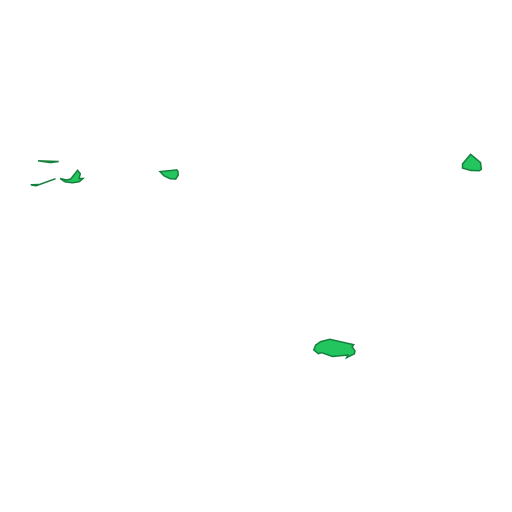 outline of Dependencias Federales
{"feature_id": "VEN-44", "entity_name": "Dependencias Federales", "entity_type": "Federal Dependency", "adm_level": 1, "iso_a3": "VEN", "parent_name": "Venezuela", "parent_adm1": "", "projection": "orthographic", "projection_center": [-66.343, 11.477], "detail": "coarse", "context": "isolated", "style": "filled", "palette": "green", "viewbox_px": 512, "rotation_deg": 0, "n_neighbors": 0, "source": "natural_earth", "source_scale": "10m", "svg_char_len": 717}
<svg xmlns="http://www.w3.org/2000/svg" viewBox="0 0 512 512"><path d="M329.8,339.3L353.7,344.7L352.1,346.8L355.0,351.0L354.4,353.8L346.6,357.7L347.9,355.0L332.5,356.5L321.5,352.6L318.4,353.7L313.8,349.9L315.7,345.1L320.6,341.6L329.8,339.3ZM470.6,154.3L480.5,162.6L481.3,169.3L479.3,170.7L471.0,170.5L462.5,168.1L462.5,163.9L470.6,154.3ZM160.0,171.6L176.8,169.9L177.9,171.2L178.2,175.1L175.7,179.1L170.0,178.7L163.9,175.7L160.0,171.6ZM79.0,178.5L83.0,178.5L79.3,181.7L72.4,182.8L65.0,181.8L60.1,178.5L66.1,179.9L70.6,179.1L77.6,170.3L80.3,173.8L79.0,178.5ZM38.0,160.8L58.7,161.5L50.5,162.6L38.0,160.8ZM39.5,184.5L55.5,178.7L36.0,185.8L30.7,184.8L39.5,184.5Z" fill="#22c55e" stroke="#15803d" stroke-width="1.5"/></svg>